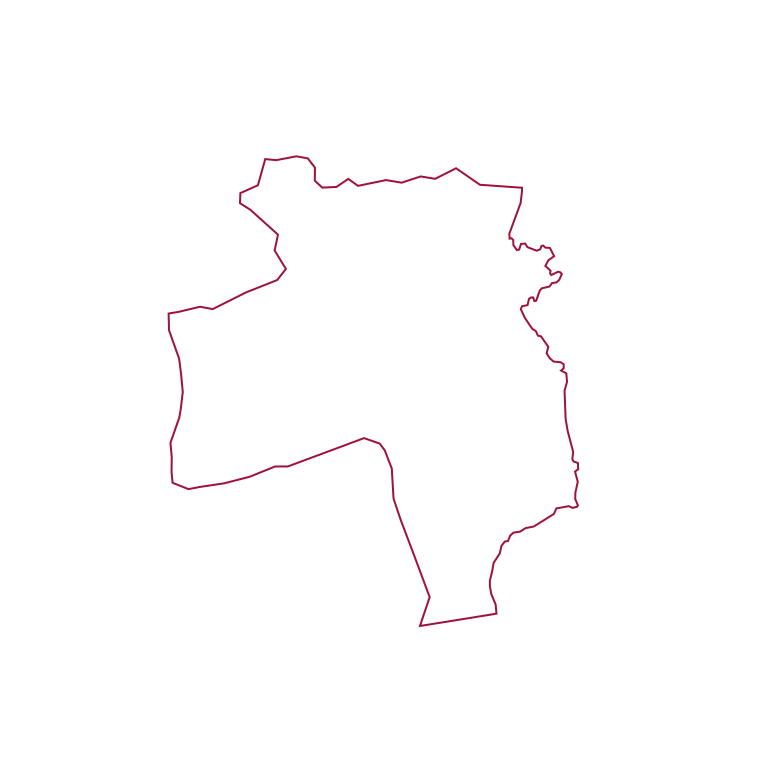 the district of Fako, Sud-Ouest, Cameroon, rotated 233°
{"feature_id": "32672807B90592144632468", "entity_name": "Fako", "entity_type": "district", "adm_level": 2, "iso_a3": "CMR", "parent_name": "Cameroon", "parent_adm1": "Sud-Ouest", "projection": "mercator", "projection_center": [9.222, 4.196], "detail": "fine", "context": "isolated", "style": "outline", "palette": "rose", "viewbox_px": 768, "rotation_deg": 233, "n_neighbors": 0, "source": "geoboundaries", "source_scale": "gbopen_adm2", "svg_char_len": 2002}
<svg xmlns="http://www.w3.org/2000/svg" viewBox="0 0 768 768"><g transform="rotate(233 384 384)"><path d="M569.9,254.4L556.4,244.7L527.5,235.6L514.7,228.3L498.6,218.4L486.1,206.4L480.3,200.2L465.5,178.0L453.5,170.6L441.5,161.3L432.3,155.7L417.7,164.6L412.6,175.0L400.9,196.5L390.7,221.1L383.7,247.3L376.0,257.6L352.8,335.5L339.0,344.7L330.6,344.7L311.6,339.3L307.7,336.6L286.8,322.7L266.2,315.8L228.6,304.8L186.3,292.2L169.1,267.1L132.9,335.6L140.6,340.4L151.8,343.3L158.8,346.9L163.1,350.1L169.0,357.3L175.2,363.9L179.0,374.5L184.0,380.3L185.5,385.6L184.0,388.5L187.0,393.6L187.4,397.9L184.2,403.8L183.7,410.3L180.0,418.0L178.0,441.5L180.9,446.8L178.3,451.9L175.3,458.0L171.5,460.1L169.8,464.3L170.4,465.8L177.0,467.5L181.9,471.3L189.3,479.9L199.1,483.9L199.1,487.9L204.2,491.3L208.0,488.8L210.6,489.1L215.9,494.2L235.7,502.3L240.6,504.8L247.2,508.3L269.9,524.1L275.6,531.5L282.8,536.0L288.2,533.5L288.4,536.9L291.6,539.4L295.0,538.2L299.9,532.9L305.0,531.9L310.6,532.3L314.8,537.6L323.8,537.9L327.6,538.1L330.0,536.0L334.9,537.1L339.1,535.6L352.0,536.3L361.5,538.3L363.0,541.2L360.6,546.1L364.7,551.0L364.7,553.3L363.4,555.2L359.8,554.0L358.9,555.6L364.8,564.6L365.4,567.7L362.2,574.9L363.5,578.8L361.3,583.0L361.7,586.6L364.2,591.1L364.7,592.1L367.0,592.1L368.9,590.6L370.3,583.2L372.4,583.2L374.3,585.2L381.1,583.9L383.9,589.7L383.7,596.8L392.8,598.4L396.0,594.8L398.6,594.6L399.5,592.9L397.5,589.7L398.6,586.1L407.0,580.9L411.2,581.3L413.4,577.7L410.0,572.8L411.1,570.7L417.0,570.9L421.3,573.9L422.5,573.7L423.7,573.5L424.5,571.8L428.5,574.4L446.3,602.0L455.2,610.5L457.7,612.3L485.4,580.5L512.9,571.4L517.1,548.3L527.7,538.2L534.2,519.2L545.6,508.4L557.9,482.5L569.3,478.9L570.0,464.6L578.0,452.9L588.0,451.1L598.4,459.1L610.1,458.9L618.6,451.0L627.6,432.7L635.1,424.5L628.0,415.2L618.6,402.9L622.9,384.2L615.1,377.8L603.6,382.1L567.1,389.2L556.4,377.0L534.9,374.9L531.3,361.3L540.2,328.8L546.9,292.3L556.4,283.6L565.3,263.2L569.9,254.4Z" fill="none" stroke="#9f1239" stroke-width="2"/></g></svg>